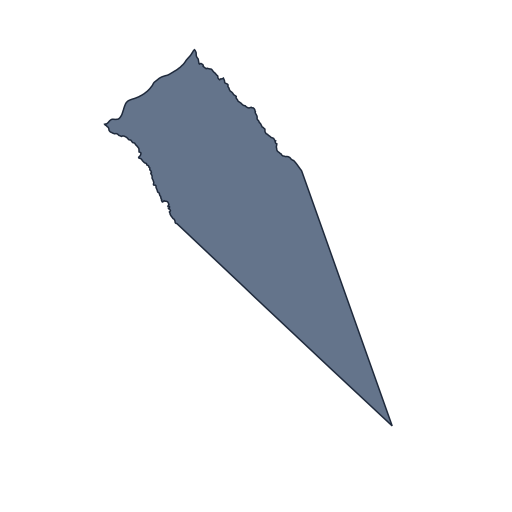 Gichugu, Central, Kenya, rotated 154°
{"feature_id": "3690345B12290008452347", "entity_name": "Gichugu", "entity_type": "district", "adm_level": 2, "iso_a3": "KEN", "parent_name": "Kenya", "parent_adm1": "Central", "projection": "robinson", "projection_center": [37.366, -0.358], "detail": "fine", "context": "isolated", "style": "filled", "palette": "slate", "viewbox_px": 512, "rotation_deg": 154, "n_neighbors": 0, "source": "geoboundaries", "source_scale": "gbopen_adm2", "svg_char_len": 5534}
<svg xmlns="http://www.w3.org/2000/svg" viewBox="0 0 512 512"><g transform="rotate(154 256 256)"><path d="M334.3,440.8L334.1,439.8L333.4,438.8L333.0,437.4L332.4,436.3L332.5,434.9L332.8,434.1L333.0,433.2L332.8,432.2L332.5,431.3L332.0,430.7L331.4,430.0L330.8,429.1L330.1,428.4L329.5,427.8L328.7,427.6L327.9,427.2L327.4,426.8L326.9,426.1L326.6,425.2L326.3,424.4L325.7,423.9L325.1,423.2L324.5,422.4L323.3,422.4L322.3,421.8L321.6,421.1L321.1,420.4L320.5,419.6L320.1,418.8L319.7,417.8L319.6,416.9L319.2,416.1L318.6,415.7L317.8,415.1L317.6,414.3L317.4,413.2L317.2,412.1L316.3,411.3L315.6,410.7L315.5,409.8L315.4,408.7L314.9,407.4L314.6,406.2L314.3,404.9L314.2,403.9L314.5,403.1L315.0,401.9L315.5,400.8L314.8,400.1L314.3,399.3L314.6,398.3L315.2,397.7L315.8,397.1L316.5,396.8L317.3,396.5L318.2,396.2L318.3,395.3L317.2,394.3L316.6,393.4L316.4,392.4L316.3,391.4L315.9,390.3L315.6,389.3L315.1,388.3L314.4,387.7L313.9,387.1L314.2,386.0L314.0,385.2L313.2,384.6L313.0,383.7L313.3,382.7L312.8,381.9L313.2,380.9L313.7,380.0L313.2,379.0L313.2,377.7L313.5,376.7L314.3,376.6L314.4,375.4L314.2,374.3L314.4,373.2L314.9,372.3L315.3,371.5L315.3,370.4L315.3,369.0L315.5,368.1L315.5,367.2L316.0,366.3L316.7,365.6L316.9,364.7L316.1,364.1L315.3,363.7L315.2,362.7L315.8,361.5L315.9,360.2L315.9,359.2L316.0,358.4L316.2,357.5L316.3,356.5L315.7,355.5L315.4,354.7L315.8,353.5L315.9,352.3L315.6,351.5L315.9,350.3L316.2,349.2L316.0,348.3L316.5,347.7L316.6,346.7L316.5,345.6L315.8,345.5L315.2,345.8L314.3,345.9L313.9,345.1L313.0,344.8L312.3,344.2L311.7,343.5L311.6,342.6L311.6,341.6L311.7,340.5L312.6,340.0L313.3,339.4L312.7,339.0L312.1,338.4L312.6,337.4L313.8,337.5L313.8,336.6L313.2,336.1L313.0,335.3L313.0,334.3L313.7,333.8L314.5,333.6L314.6,332.7L314.5,331.9L314.9,331.1L314.8,329.8L314.7,328.6L314.4,327.5L314.2,326.1L313.5,325.0L313.4,323.8L313.5,322.9L313.8,322.1L314.0,321.3L313.7,320.5L312.9,319.8L280.7,234.4L274.7,218.2L238.3,122.3L208.1,43.6L177.7,312.1L177.7,313.0L178.1,314.8L178.4,316.7L178.6,317.7L178.9,319.6L179.1,320.6L179.3,321.6L179.5,322.4L179.7,323.3L180.0,324.2L180.3,325.4L181.1,326.0L181.5,326.9L182.0,327.7L182.2,328.9L182.5,329.8L183.1,330.6L183.7,331.3L184.8,332.0L185.9,332.4L186.9,333.4L188.0,334.2L188.6,335.4L188.7,336.8L189.3,337.5L189.7,338.7L190.4,339.9L190.8,341.0L190.8,342.2L190.5,343.0L190.2,343.9L190.0,344.9L189.6,345.6L189.1,346.2L188.6,346.9L188.1,347.7L188.8,348.4L188.8,349.4L188.7,350.4L187.9,350.8L188.4,351.4L188.5,352.7L188.6,354.0L189.4,354.9L190.1,355.6L190.6,356.2L190.9,357.2L191.4,358.1L192.0,359.2L192.3,360.3L192.9,361.0L193.3,361.6L193.4,362.9L193.4,364.0L193.0,364.8L192.6,365.5L192.4,366.4L192.9,367.3L193.2,368.4L193.9,369.2L193.9,370.6L193.9,371.8L193.9,372.7L194.1,373.7L194.5,374.4L194.4,375.4L194.4,376.5L194.8,377.5L194.9,378.7L194.6,379.4L194.2,380.1L193.8,381.2L193.8,382.3L193.8,383.2L193.9,384.2L193.8,385.4L193.2,386.1L193.3,386.9L193.0,387.7L193.0,388.5L193.1,389.3L193.6,390.4L194.7,391.0L195.1,391.8L196.1,391.9L197.1,392.0L198.0,392.5L198.7,393.3L199.5,394.6L199.8,395.7L200.4,396.2L201.2,396.8L201.7,397.8L202.1,398.7L202.4,399.8L202.9,400.7L203.6,401.9L204.0,402.6L204.3,403.4L204.2,404.5L204.4,405.4L204.6,406.4L204.4,407.3L203.8,408.1L204.2,408.9L204.8,409.8L205.4,411.0L205.5,412.4L205.8,413.5L206.3,414.6L206.8,415.4L206.9,416.2L207.0,417.3L206.7,418.7L206.8,419.6L207.0,420.6L206.5,421.4L206.1,422.1L206.3,423.0L207.2,424.1L207.9,424.9L208.1,425.8L207.6,426.9L207.4,428.0L207.4,429.1L207.3,430.2L208.4,430.1L209.2,430.2L210.2,430.7L211.4,430.3L211.9,431.3L212.1,432.2L212.1,433.1L211.7,433.8L211.5,434.9L212.0,435.7L212.2,436.6L212.4,437.4L212.5,438.1L213.0,439.0L213.5,440.4L213.8,441.9L214.0,443.0L214.5,443.8L215.6,444.4L216.3,445.1L217.0,445.5L217.6,446.2L218.7,446.2L219.4,447.6L219.9,448.7L220.4,449.6L219.9,450.3L219.9,451.4L220.5,452.3L221.1,453.2L221.8,453.3L222.6,453.2L222.9,453.9L222.6,454.7L222.4,455.7L221.9,457.3L221.6,458.4L221.8,459.4L222.0,460.4L222.0,461.4L221.8,462.4L221.5,463.1L221.2,463.8L220.7,464.9L220.6,466.0L220.6,467.5L220.9,468.4L221.8,468.1L222.6,467.7L223.4,467.1L224.3,466.6L225.1,466.1L226.0,465.5L227.2,464.9L228.1,464.5L228.9,464.2L229.6,463.9L230.7,463.5L231.8,463.0L233.0,462.5L234.1,461.8L235.2,461.2L236.3,460.6L237.3,460.2L238.1,459.9L239.0,459.7L239.8,459.4L240.7,459.1L241.6,458.8L242.4,458.7L243.6,458.5L244.7,458.2L245.4,458.1L246.2,458.0L247.1,457.9L247.8,457.9L248.8,457.8L249.6,457.7L250.8,457.6L251.9,457.5L253.0,457.4L254.4,457.3L255.2,457.3L255.9,457.3L256.8,457.4L257.6,457.6L258.5,457.8L259.3,457.9L260.6,458.1L261.6,458.2L262.6,458.3L263.6,458.2L264.5,458.2L265.3,458.1L266.2,457.9L267.2,457.6L268.4,457.4L269.6,457.1L270.6,456.9L271.4,456.7L272.0,456.4L272.7,456.0L273.6,455.3L274.6,454.6L275.5,454.2L276.3,453.8L277.3,453.3L278.4,452.8L279.6,452.4L280.7,452.0L281.7,451.7L282.7,451.5L283.7,451.3L284.6,451.1L285.5,450.9L286.5,450.8L287.5,450.7L288.7,450.6L290.1,450.6L291.0,450.5L291.9,450.5L293.0,450.6L294.6,450.7L295.7,450.8L296.6,450.9L297.6,451.1L299.0,451.3L300.2,451.4L301.2,451.5L301.9,451.5L302.9,451.5L304.1,451.2L305.1,450.8L305.9,450.4L306.6,449.9L307.5,449.1L308.5,448.2L309.4,447.3L310.1,446.6L310.7,445.9L311.2,445.3L311.8,444.8L312.3,444.2L313.1,443.4L313.9,442.6L314.6,441.9L315.4,441.3L316.1,440.9L316.7,440.5L317.6,440.0L318.5,439.7L319.3,439.5L320.1,439.5L321.2,439.9L322.3,440.3L323.2,440.8L323.9,441.2L324.5,441.6L325.2,441.9L326.1,442.1L326.8,442.0L327.7,441.8L328.5,441.6L329.2,441.3L330.3,440.8L331.5,440.4L332.6,440.3L333.6,440.7L334.3,440.8Z" fill="#64748b" stroke="#1e293b" stroke-width="1.5"/></g></svg>